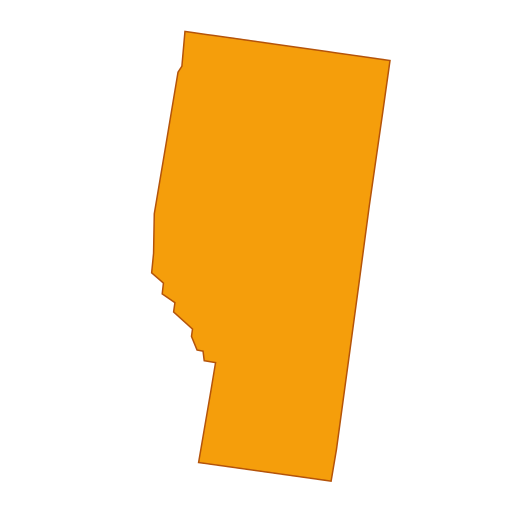 Crawford, Pennsylvania, United States of America (Robinson projection), rotated 98°
{"feature_id": "52423323B54680943068463", "entity_name": "Crawford", "entity_type": "district", "adm_level": 2, "iso_a3": "USA", "parent_name": "United States of America", "parent_adm1": "Pennsylvania", "projection": "robinson", "projection_center": [-80.159, 41.666], "detail": "fine", "context": "isolated", "style": "filled", "palette": "amber", "viewbox_px": 512, "rotation_deg": 98, "n_neighbors": 0, "source": "geoboundaries", "source_scale": "gbopen_adm2", "svg_char_len": 622}
<svg xmlns="http://www.w3.org/2000/svg" viewBox="0 0 512 512"><g transform="rotate(98 256 256)"><path d="M43.5,357.6L78.4,355.8L84.8,358.8L162.7,360.8L228.3,362.6L267.7,357.8L287.2,357.0L295.7,343.9L306.6,343.6L313.5,329.8L322.9,329.8L337.2,308.7L344.6,308.7L357.3,301.3L357.6,295.2L366.9,292.7L367.2,281.2L395.6,281.9L468.5,284.1L468.5,280.2L468.5,150.3L436.5,149.4L329.0,149.9L270.4,150.2L190.2,150.8L122.7,150.6L96.9,150.5L43.8,150.5L43.7,199.0L43.7,206.3L43.6,213.8L43.6,235.6L43.6,253.0L43.6,253.8L43.6,268.5L43.5,328.8L43.6,334.8L43.5,351.4L43.5,357.6Z" fill="#f59e0b" stroke="#b45309" stroke-width="1.5"/></g></svg>